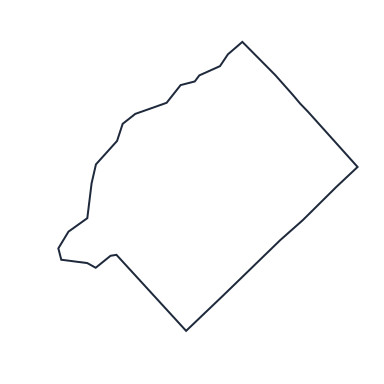 outline of Henry, Alabama, United States of America, rotated 226°
{"feature_id": "52423323B43963641408818", "entity_name": "Henry", "entity_type": "district", "adm_level": 2, "iso_a3": "USA", "parent_name": "United States of America", "parent_adm1": "Alabama", "projection": "orthographic", "projection_center": [-85.179, 31.541], "detail": "fine", "context": "isolated", "style": "outline", "palette": "slate", "viewbox_px": 384, "rotation_deg": 226, "n_neighbors": 0, "source": "geoboundaries", "source_scale": "gbopen_adm2", "svg_char_len": 535}
<svg xmlns="http://www.w3.org/2000/svg" viewBox="0 0 384 384"><g transform="rotate(226 192 192)"><path d="M287.3,206.1L287.6,205.5L289.2,189.5L280.8,173.6L278.6,142.1L268.0,125.8L245.9,98.5L249.3,75.6L244.3,56.7L234.1,50.9L213.6,67.3L204.4,70.1L202.7,89.1L199.3,94.0L96.2,91.3L95.9,144.1L96.1,222.2L94.8,252.3L95.4,299.2L95.0,328.5L169.2,331.2L180.2,331.2L192.3,332.0L218.3,333.1L265.0,332.5L266.1,313.5L263.1,299.6L270.8,278.3L269.6,270.8L276.8,258.1L273.8,235.7L287.3,206.1Z" fill="none" stroke="#1e293b" stroke-width="2"/></g></svg>